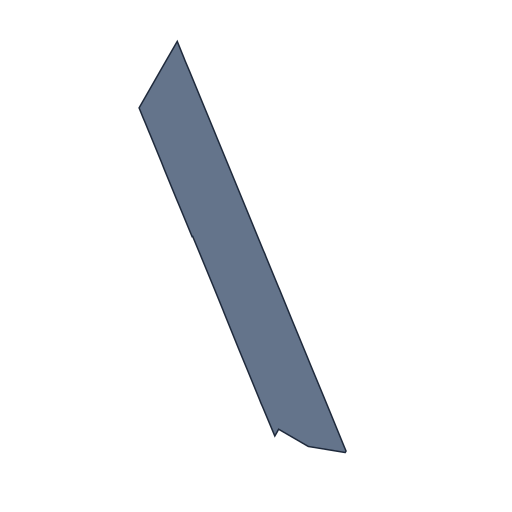 Chacabuco, Chaco, Argentina (Albers equal-area conic projection), rotated 30°
{"feature_id": "61730980B10302759212435", "entity_name": "Chacabuco", "entity_type": "district", "adm_level": 2, "iso_a3": "ARG", "parent_name": "Argentina", "parent_adm1": "Chaco", "projection": "albers", "projection_center": [-61.358, -27.089], "detail": "fine", "context": "isolated", "style": "filled", "palette": "slate", "viewbox_px": 512, "rotation_deg": 30, "n_neighbors": 0, "source": "geoboundaries", "source_scale": "gbopen_adm2", "svg_char_len": 1005}
<svg xmlns="http://www.w3.org/2000/svg" viewBox="0 0 512 512"><g transform="rotate(30 256 256)"><path d="M80.5,131.8L80.7,186.2L82.4,187.5L88.8,192.5L94.0,196.4L101.1,201.9L103.9,204.0L123.2,218.9L127.1,221.9L133.5,227.0L159.0,246.7L162.2,249.1L170.7,255.6L191.0,271.2L191.4,270.7L207.2,282.8L210.3,285.2L236.7,305.5L253.7,318.7L254.6,319.4L255.8,320.4L284.0,342.4L286.3,344.2L289.4,346.6L306.6,359.8L330.8,378.5L333.9,381.0L337.1,383.3L359.4,400.3L362.3,402.5L362.3,397.9L362.2,394.7L396.5,394.8L431.5,381.6L431.5,379.9L427.3,376.7L398.5,354.4L385.0,344.0L357.7,323.1L354.6,320.7L351.4,318.2L324.6,297.6L322.9,296.3L319.9,294.0L293.2,273.3L291.0,271.7L264.9,251.6L262.7,249.8L259.4,247.4L256.3,245.0L227.8,223.0L199.0,200.8L196.8,199.1L195.9,198.4L170.3,178.7L163.9,173.8L157.6,168.9L132.1,149.3L106.4,129.5L99.9,124.6L97.1,122.5L94.6,120.5L92.3,118.7L90.6,117.4L80.5,109.5L80.5,117.2L80.5,121.4L80.5,121.9L80.5,123.7L80.5,128.1L80.5,131.8Z" fill="#64748b" stroke="#1e293b" stroke-width="1.5"/></g></svg>